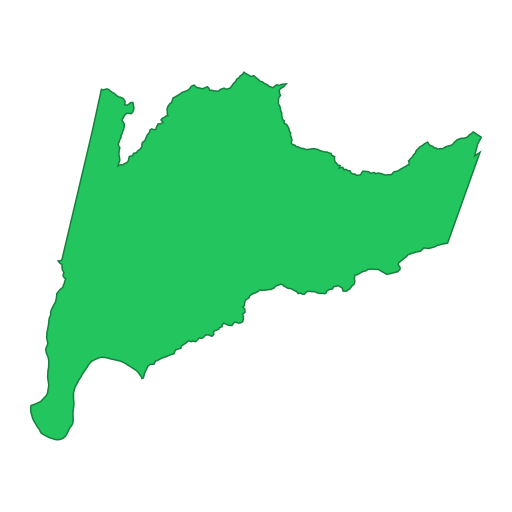 Floresta, Pernambuco, Brazil (Albers equal-area conic projection)
{"feature_id": "56859067B33369261578833", "entity_name": "Floresta", "entity_type": "district", "adm_level": 2, "iso_a3": "BRA", "parent_name": "Brazil", "parent_adm1": "Pernambuco", "projection": "albers", "projection_center": [-38.301, -8.621], "detail": "fine", "context": "isolated", "style": "filled", "palette": "green", "viewbox_px": 512, "rotation_deg": 0, "n_neighbors": 0, "source": "geoboundaries", "source_scale": "gbopen_adm2", "svg_char_len": 5973}
<svg xmlns="http://www.w3.org/2000/svg" viewBox="0 0 512 512"><path d="M286.2,83.9L281.4,84.4L279.4,85.4L276.6,84.8L272.7,87.7L268.7,86.1L267.6,84.9L264.7,83.6L262.4,81.8L260.1,81.3L258.7,79.8L256.9,78.4L253.8,75.7L251.0,76.5L248.1,74.8L245.3,73.3L244.0,72.2L242.4,74.5L240.4,75.7L238.7,78.0L236.8,79.1L235.4,81.6L233.4,83.5L232.3,85.3L230.1,88.1L228.0,88.7L225.9,89.3L224.1,88.1L222.0,88.9L220.1,89.5L218.9,91.0L217.1,91.1L214.4,90.9L212.1,90.3L209.6,90.3L208.8,88.0L207.2,86.7L204.4,88.0L202.4,88.8L200.4,88.2L196.7,87.5L194.1,85.1L192.2,85.8L191.0,86.7L189.7,88.6L187.8,90.3L186.1,91.0L183.5,91.9L181.8,92.6L179.6,94.3L173.0,98.1L171.5,102.7L170.0,103.4L167.7,106.8L167.0,109.3L167.3,111.8L167.3,114.0L167.9,115.8L166.0,116.0L164.8,117.2L162.4,118.2L161.0,119.9L161.9,120.9L163.0,122.4L160.6,123.8L158.1,123.9L156.3,127.5L155.9,129.5L153.8,129.6L151.6,128.9L150.0,130.1L149.5,132.3L147.3,134.9L144.7,140.9L142.6,142.2L141.8,144.3L142.2,145.9L141.2,147.5L140.6,148.8L137.3,151.2L136.7,152.7L133.4,153.4L132.6,155.8L129.3,156.4L128.6,159.6L128.0,161.4L126.8,162.6L124.4,163.7L122.7,164.9L120.2,164.8L118.0,166.0L118.4,164.0L119.3,161.9L119.8,160.1L119.3,156.1L118.9,154.7L119.3,149.4L119.9,147.7L118.1,145.1L118.3,143.7L119.2,142.0L119.7,140.0L121.1,137.2L120.9,135.7L122.1,133.5L122.8,131.1L123.6,129.6L123.8,128.0L124.4,126.2L124.2,123.6L122.1,120.6L122.5,119.0L125.1,114.7L127.0,113.2L131.2,113.7L132.7,112.1L133.8,109.2L133.8,107.3L132.9,102.4L130.7,102.6L128.9,104.1L126.9,105.3L124.7,104.6L125.0,102.9L125.0,101.3L123.3,98.6L120.5,97.2L118.9,97.1L116.4,95.4L114.3,93.4L113.0,92.8L110.0,90.7L108.8,89.5L106.9,88.9L105.2,89.3L103.6,90.0L101.4,89.3L92.5,130.3L61.9,259.8L60.8,260.6L58.1,261.0L60.1,263.4L62.1,264.6L62.0,267.4L62.3,269.7L63.4,271.4L63.9,272.8L63.0,275.3L63.5,276.9L65.6,278.9L64.7,281.5L64.2,283.6L63.4,285.1L62.9,287.2L59.9,289.7L56.8,293.6L56.4,297.8L55.5,302.0L54.3,303.9L51.2,310.2L50.6,312.8L50.6,315.2L49.2,318.2L48.4,325.3L47.3,330.7L46.9,332.5L46.9,334.6L46.6,337.7L47.8,343.2L47.4,344.9L46.3,347.2L45.7,349.2L46.0,351.3L46.6,353.7L48.2,357.4L48.8,360.8L48.6,367.3L48.0,370.4L47.6,377.3L48.7,384.2L48.6,386.2L47.6,392.7L46.5,395.3L41.0,401.2L39.2,402.3L34.3,404.4L31.0,405.5L30.7,408.5L30.9,412.1L31.4,414.2L33.0,419.3L37.3,426.8L39.3,429.3L40.5,432.0L41.4,433.2L43.2,434.4L48.8,437.4L50.8,438.1L55.1,439.5L57.2,439.8L59.8,439.5L62.2,438.7L63.6,437.8L65.4,436.2L66.6,434.4L69.7,428.1L72.5,424.2L73.2,421.0L73.2,418.8L72.9,413.3L73.9,404.8L73.8,401.2L73.5,398.2L73.5,392.6L75.4,386.3L76.4,384.8L78.6,380.4L81.1,376.7L82.3,374.2L87.1,367.3L88.7,364.5L90.8,362.1L92.0,361.1L95.9,359.1L99.6,357.6L101.1,357.2L102.9,357.3L106.5,357.7L111.5,359.1L118.5,360.6L120.7,361.2L123.6,362.5L125.6,363.6L127.5,364.9L129.0,365.8L136.6,370.7L139.4,373.9L140.1,375.3L141.3,376.7L141.9,378.5L143.4,377.9L144.6,373.1L147.9,366.2L150.3,364.3L153.9,364.3L155.8,360.7L157.8,360.4L160.0,359.0L162.0,358.1L168.3,355.8L170.1,354.9L171.7,354.4L174.0,353.8L175.2,350.4L176.5,349.5L178.1,349.0L180.8,348.3L181.5,345.9L186.4,342.7L187.7,341.4L189.3,340.8L191.2,341.7L193.2,341.0L195.6,341.7L197.8,339.5L199.1,338.0L201.9,338.2L203.3,337.5L205.7,335.0L208.4,334.9L211.9,336.3L213.9,334.4L213.3,332.2L214.7,330.8L217.4,329.8L218.9,329.0L219.3,327.7L222.2,326.6L222.0,325.1L223.8,323.1L226.4,324.4L228.8,325.3L232.0,325.5L233.2,323.7L234.6,322.1L236.4,322.5L238.4,323.1L240.5,322.9L242.7,321.7L243.3,319.4L243.4,316.4L242.5,314.3L245.0,312.2L244.8,309.1L242.9,307.1L244.3,305.7L244.9,301.4L246.2,299.5L249.0,297.9L249.4,296.3L251.7,294.3L253.6,293.5L255.5,292.9L257.9,291.5L259.8,289.9L262.1,290.3L265.2,290.2L268.8,289.5L270.8,289.5L274.2,287.9L275.5,286.2L277.2,285.6L280.5,284.3L282.5,284.4L283.8,286.1L286.3,287.3L288.1,288.4L290.9,288.6L294.3,290.5L296.6,291.6L298.1,293.5L300.7,293.2L302.3,294.1L304.5,294.2L305.7,292.7L307.0,291.6L309.4,291.2L311.9,291.7L314.6,291.6L317.4,292.9L319.9,293.4L323.2,293.4L324.7,293.7L326.3,292.9L326.5,291.3L328.1,290.3L330.1,289.2L332.5,289.0L333.6,286.6L336.6,286.3L338.4,285.6L340.2,286.8L342.1,287.9L343.1,291.1L346.5,291.1L347.9,290.0L349.6,289.1L352.2,285.7L353.7,284.6L354.4,283.4L354.8,281.5L354.4,277.9L355.0,275.1L357.3,274.7L362.3,271.8L366.1,270.7L367.8,269.3L370.9,269.2L373.7,269.1L376.1,269.5L377.9,269.3L386.9,274.4L397.6,271.8L400.2,269.0L399.8,266.8L398.2,265.0L398.6,262.9L406.7,256.3L408.3,254.5L413.0,253.1L416.0,252.0L420.3,251.3L421.6,250.1L423.8,248.0L428.8,248.5L434.5,246.9L437.4,245.4L439.7,244.9L441.4,244.3L447.6,243.1L480.0,152.3L474.6,156.0L477.7,143.9L481.3,137.2L473.2,131.9L471.1,133.8L469.3,134.9L467.5,137.0L464.0,138.3L460.9,138.3L458.8,139.2L457.4,139.6L454.5,142.1L452.1,144.9L446.0,146.7L444.3,147.7L443.0,148.6L440.0,148.6L437.9,149.2L436.0,148.0L434.3,147.8L432.5,146.2L429.9,145.4L428.8,144.0L427.7,142.1L424.8,143.6L421.9,145.8L419.8,146.9L418.5,148.5L416.7,150.1L415.9,151.3L415.2,153.3L413.5,154.8L412.3,157.1L410.7,158.5L408.5,161.1L409.2,162.9L408.9,164.8L407.5,165.0L405.4,166.6L403.6,167.4L401.8,168.5L400.4,169.2L398.8,170.4L396.7,171.3L394.1,171.7L392.9,172.8L391.4,174.6L385.1,175.0L381.7,173.7L378.1,173.0L375.8,173.7L374.2,172.4L370.8,173.4L368.6,171.8L366.3,171.4L362.7,171.2L360.6,174.7L358.8,175.2L356.3,175.3L355.1,174.0L353.7,174.2L351.2,173.1L349.8,170.6L347.9,170.7L345.9,169.3L344.3,170.0L342.7,167.3L339.0,167.9L340.2,165.7L338.1,165.0L335.1,161.9L334.5,159.7L334.6,156.6L331.6,155.3L331.1,153.4L329.5,153.1L327.1,152.0L324.8,152.0L322.3,151.3L319.4,150.4L318.2,149.6L315.8,149.0L313.2,148.6L308.4,149.4L305.9,149.5L303.8,148.6L301.6,148.3L299.5,147.6L298.2,146.8L296.4,146.8L294.7,145.0L292.8,144.8L291.2,143.2L292.0,139.8L290.4,135.0L290.7,132.9L289.2,130.9L289.1,128.9L288.0,126.7L286.6,124.5L284.0,123.1L284.3,120.8L282.7,119.5L281.8,116.1L281.7,112.9L280.9,111.2L280.3,109.0L280.2,107.3L279.3,105.4L278.5,103.9L278.4,101.1L278.7,97.9L279.4,96.7L280.5,95.6L279.6,93.4L279.2,90.3L280.6,88.5L283.2,87.1L286.2,83.9Z" fill="#22c55e" stroke="#15803d" stroke-width="1.5"/></svg>